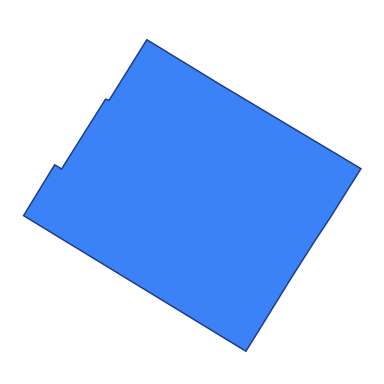 the district of Jay, Indiana, United States of America, rotated 32°
{"feature_id": "52423323B29705647832247", "entity_name": "Jay", "entity_type": "district", "adm_level": 2, "iso_a3": "USA", "parent_name": "United States of America", "parent_adm1": "Indiana", "projection": "equal_earth", "projection_center": [-84.999, 40.439], "detail": "fine", "context": "isolated", "style": "filled", "palette": "blue", "viewbox_px": 384, "rotation_deg": 32, "n_neighbors": 0, "source": "geoboundaries", "source_scale": "gbopen_adm2", "svg_char_len": 373}
<svg xmlns="http://www.w3.org/2000/svg" viewBox="0 0 384 384"><g transform="rotate(32 192 192)"><path d="M73.0,86.8L73.1,158.0L69.5,159.1L69.2,238.6L69.3,241.6L66.3,241.6L61.1,241.7L61.7,301.3L322.1,298.5L322.0,263.3L321.7,214.9L322.0,172.9L322.0,170.6L322.8,140.6L322.8,119.0L322.9,82.7L156.1,86.0L73.0,86.8Z" fill="#3b82f6" stroke="#1e3a8a" stroke-width="1.5"/></g></svg>